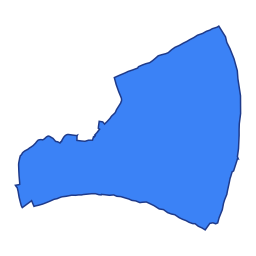 Pikine, Dakar, Senegal
{"feature_id": "50182788B8601261498481", "entity_name": "Pikine", "entity_type": "district", "adm_level": 2, "iso_a3": "SEN", "parent_name": "Senegal", "parent_adm1": "Dakar", "projection": "natural_earth1", "projection_center": [-17.365, 14.773], "detail": "fine", "context": "isolated", "style": "filled", "palette": "blue", "viewbox_px": 256, "rotation_deg": 0, "n_neighbors": 0, "source": "geoboundaries", "source_scale": "gbopen_adm2", "svg_char_len": 2715}
<svg xmlns="http://www.w3.org/2000/svg" viewBox="0 0 256 256"><path d="M34.0,206.4L35.2,206.0L38.7,205.2L42.5,204.1L44.9,203.2L46.4,202.6L49.6,201.3L54.1,199.3L57.3,198.6L58.4,198.1L59.9,197.5L60.7,197.2L62.0,196.8L66.1,196.3L71.7,195.2L75.4,195.3L78.7,194.9L81.5,194.9L83.5,194.5L88.6,194.0L91.7,193.7L95.5,193.7L98.9,194.7L101.2,194.9L101.5,194.4L104.7,194.7L109.5,195.3L113.6,194.9L116.9,196.3L120.8,196.6L125.4,198.0L128.8,199.0L131.9,200.4L135.7,200.9L139.9,202.6L140.8,202.5L141.2,202.4L143.0,202.2L146.4,202.0L149.2,203.3L154.0,205.6L159.3,209.0L159.6,209.0L163.5,209.6L167.6,212.6L171.4,214.0L174.8,214.7L179.2,217.7L182.3,219.2L186.0,220.6L189.1,222.3L192.7,223.6L195.1,223.7L198.2,226.2L202.1,228.0L205.2,229.9L209.8,223.4L212.9,222.8L215.7,223.8L217.7,222.9L219.1,217.7L222.3,209.7L223.5,203.4L224.6,199.8L226.8,194.4L227.5,190.6L228.2,187.4L229.2,182.8L230.1,178.3L230.7,176.6L232.1,171.9L233.6,170.9L237.6,158.4L238.2,158.7L237.4,156.6L238.5,148.7L239.1,135.4L239.1,129.2L239.3,123.6L240.6,113.6L240.5,95.8L237.9,78.8L237.3,70.7L234.0,58.8L230.0,48.8L230.0,48.7L229.6,48.0L226.8,42.4L225.5,36.8L218.8,26.1L217.3,27.1L215.2,27.8L212.3,28.7L209.9,30.1L206.4,31.3L202.7,33.4L197.5,35.2L193.8,37.6L189.7,39.7L186.9,41.4L183.4,43.1L179.4,45.4L178.0,46.0L175.0,47.3L171.6,49.7L168.2,52.7L165.7,53.7L161.7,54.7L158.2,55.8L155.6,58.1L152.8,60.5L149.7,62.7L145.9,63.7L142.6,64.9L138.5,66.7L137.6,68.1L132.5,70.0L128.0,71.5L127.0,72.0L126.8,72.1L124.7,73.1L119.9,75.1L116.5,76.6L114.3,77.6L116.2,84.6L118.8,91.9L120.2,95.2L120.9,97.0L121.3,97.9L121.4,98.4L121.5,99.2L121.6,100.0L121.4,101.2L121.0,101.9L120.8,102.8L120.2,103.8L119.9,104.3L116.5,109.7L115.4,112.3L114.7,113.2L111.9,115.8L110.6,117.4L110.2,118.2L107.8,120.8L107.3,121.4L105.0,123.6L104.6,124.1L102.7,121.9L100.3,121.5L99.2,121.3L99.0,122.8L98.5,126.3L98.3,128.3L99.6,129.2L97.6,131.7L97.7,131.8L94.7,135.1L95.3,135.6L94.3,137.0L93.5,136.8L92.5,140.2L88.5,140.2L85.0,141.3L81.6,141.0L76.9,140.4L77.0,136.0L77.3,135.3L76.7,135.6L74.4,135.3L71.4,134.9L68.6,134.5L67.5,134.5L66.5,134.8L65.3,135.5L63.8,137.1L61.9,140.3L61.6,141.3L61.5,141.5L61.4,141.5L60.9,141.6L60.8,141.9L60.3,142.5L60.1,142.9L60.0,143.0L57.7,141.8L55.6,141.4L53.0,138.4L49.8,136.5L48.8,136.1L48.0,136.1L46.5,136.9L44.2,139.0L42.7,139.9L41.9,139.7L40.6,139.6L39.3,139.8L38.2,140.1L36.8,141.5L35.5,143.2L33.1,145.6L31.1,147.0L29.8,147.8L27.7,149.4L25.0,150.8L23.4,152.0L22.4,153.0L21.5,154.7L20.3,155.8L19.6,158.5L18.7,163.2L18.6,164.8L18.8,170.3L19.1,176.0L19.7,183.1L19.7,184.4L18.7,184.7L15.4,185.3L16.4,186.8L17.2,187.6L18.1,191.3L19.1,197.2L20.3,202.0L21.2,205.4L21.8,206.8L22.3,207.6L31.5,200.8L31.6,200.7L34.0,206.4Z" fill="#3b82f6" stroke="#1e3a8a" stroke-width="1.5"/></svg>